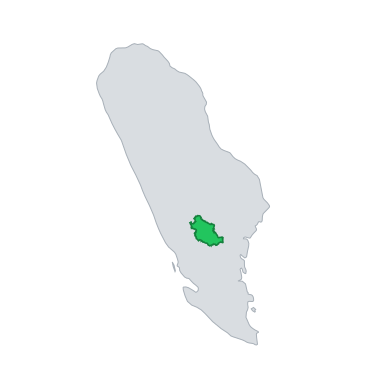 Tsaratanana, Betsiboka, Madagascar (highlighted), rotated 140°
{"feature_id": "10022922B96360954496738", "entity_name": "Tsaratanana", "entity_type": "district", "adm_level": 2, "iso_a3": "MDG", "parent_name": "Madagascar", "parent_adm1": "Betsiboka", "projection": "robinson", "projection_center": [47.615, -17.138], "detail": "fine", "context": "in_parent", "style": "filled", "palette": "green", "viewbox_px": 384, "rotation_deg": 140, "n_neighbors": 0, "source": "geoboundaries", "source_scale": "gbopen_adm2", "svg_char_len": 8350}
<svg xmlns="http://www.w3.org/2000/svg" viewBox="0 0 384 384"><g transform="rotate(140 192 192)"><path d="M246.5,41.6L247.4,44.1L248.5,46.4L252.0,52.1L253.4,54.3L254.7,56.7L255.3,61.3L257.5,68.6L259.5,79.4L260.1,90.6L260.7,95.7L262.3,100.5L264.9,105.5L265.8,111.1L264.1,116.8L261.8,122.2L261.2,123.2L260.1,124.6L259.6,124.6L257.7,123.2L256.2,120.9L254.3,115.5L253.6,112.8L252.8,112.4L250.6,112.6L248.9,114.3L248.6,115.4L249.0,118.4L249.6,121.1L249.8,123.9L249.9,127.4L250.5,128.4L251.4,129.3L252.3,131.6L252.4,137.0L251.9,139.7L250.3,142.1L250.4,143.4L250.9,144.7L250.4,145.5L248.3,146.6L247.4,147.5L246.3,149.8L244.4,154.7L244.1,157.2L245.3,164.8L244.9,170.2L242.6,180.5L241.2,185.4L239.3,191.2L236.3,198.9L233.4,208.6L230.9,218.5L229.1,224.5L227.0,230.4L224.2,240.8L221.8,251.4L218.2,263.0L213.3,275.9L212.8,277.6L211.7,284.3L210.6,290.0L209.3,295.7L206.6,305.1L206.3,308.0L205.6,310.8L203.0,316.7L201.9,318.9L201.1,321.2L200.7,324.2L199.9,327.0L198.0,332.2L195.1,336.8L193.1,338.4L188.9,340.8L186.7,341.3L182.0,341.3L177.4,342.7L172.6,345.3L168.0,348.3L166.2,349.7L164.3,350.5L158.2,350.7L156.3,350.0L150.2,345.1L147.8,344.3L143.3,343.6L142.0,343.2L140.7,342.6L138.9,340.0L135.3,337.8L134.4,337.1L133.9,335.7L133.5,334.0L132.5,332.2L131.8,328.8L130.6,326.4L127.3,322.1L126.9,320.8L126.6,316.3L126.7,313.2L126.4,307.7L126.7,305.0L127.9,302.7L127.4,300.1L126.1,297.4L125.6,294.6L124.7,292.1L121.2,287.5L120.4,285.3L119.8,283.0L118.4,275.7L118.2,273.2L118.4,267.8L118.9,265.1L119.7,263.2L119.9,261.8L120.4,260.5L121.3,259.5L121.8,258.4L123.1,251.5L124.7,250.0L127.2,249.2L129.1,247.4L130.2,245.0L131.3,240.0L134.4,235.1L135.5,232.5L138.0,228.6L140.1,223.1L140.8,220.5L141.3,217.8L141.8,212.0L142.2,209.1L142.1,206.2L140.8,203.2L137.8,197.9L137.7,196.9L137.9,192.9L137.6,190.0L136.5,187.1L135.1,184.4L133.6,179.4L132.9,171.0L133.0,168.0L132.6,165.3L131.6,162.7L132.3,158.3L141.3,142.1L141.6,140.2L141.2,135.2L141.4,132.3L141.7,131.3L142.4,130.7L143.9,130.4L151.2,129.7L152.2,129.2L154.0,127.8L156.5,125.1L157.7,124.4L158.7,124.7L159.3,125.8L160.1,126.4L163.1,125.2L164.2,125.2L165.4,125.4L165.9,124.3L166.2,122.8L166.7,121.8L167.5,121.2L171.3,120.8L173.7,120.4L176.9,119.4L177.5,119.6L180.1,123.3L180.8,123.6L181.8,123.8L182.7,123.1L180.6,121.2L180.3,120.1L180.4,118.8L181.5,116.1L183.4,114.1L187.5,111.0L191.7,107.4L193.0,107.2L194.0,107.7L194.8,112.0L194.7,112.7L195.4,112.8L196.2,112.2L196.9,110.5L196.9,109.1L196.4,107.8L196.1,106.6L196.1,105.6L198.2,103.1L199.9,100.7L200.7,97.8L201.4,96.5L203.2,95.0L203.7,95.3L204.1,96.5L204.4,97.8L203.9,99.0L203.2,100.3L203.0,101.9L204.0,102.2L204.9,101.8L206.3,98.8L207.9,96.0L208.9,94.5L210.1,93.5L212.1,93.7L214.0,94.3L210.8,91.3L210.1,87.2L213.8,80.1L213.8,78.6L214.4,78.1L214.6,77.6L212.7,75.2L212.3,74.0L212.6,72.2L213.5,70.6L214.4,69.4L215.6,69.0L216.5,69.6L218.6,71.6L220.0,71.9L221.7,70.0L223.1,67.6L225.2,66.0L227.5,65.0L231.2,61.3L233.5,53.5L233.7,51.2L233.2,48.4L232.4,45.8L231.0,42.5L231.3,41.8L233.3,42.2L234.0,41.8L236.1,38.9L239.7,33.3L240.8,33.3L241.8,34.4L242.2,35.9L242.9,37.0L245.3,39.7L246.5,41.6ZM221.8,63.5L221.8,64.4L219.1,64.0L218.7,61.1L220.0,61.0L220.3,59.8L221.1,59.6L222.0,62.3L221.8,63.5ZM254.4,146.8L252.1,151.1L252.8,147.5L255.4,142.3L256.2,141.9L254.4,146.8Z" fill="#d9dde1" stroke="#a8b0b8" stroke-width="1"/><path d="M204.2,170.5L204.4,170.5L204.5,171.0L205.0,170.9L205.5,170.7L205.9,170.2L206.1,170.2L206.1,170.7L206.9,170.5L207.6,170.4L207.6,170.1L207.6,169.8L207.2,169.2L207.3,169.0L207.5,168.8L207.6,168.6L208.0,168.1L208.1,167.8L208.1,167.7L208.0,167.1L208.3,167.1L208.9,166.9L209.0,167.1L209.3,167.2L209.4,167.4L209.7,167.4L210.0,167.3L210.3,166.8L210.5,166.7L210.6,166.8L210.7,167.0L210.9,167.0L211.0,166.8L211.3,166.7L211.6,167.1L211.9,167.2L212.2,167.6L212.5,167.8L212.6,168.3L212.4,168.7L212.4,168.8L212.3,169.0L211.9,169.2L211.8,169.4L211.9,169.6L212.1,169.7L212.3,169.6L212.5,169.4L212.4,169.0L212.5,168.8L212.7,169.2L212.7,169.3L212.9,169.3L213.0,169.6L213.3,169.8L213.4,169.4L213.6,169.2L213.7,168.5L213.9,168.2L213.7,167.5L213.8,167.4L213.9,167.0L214.2,166.8L214.2,166.2L214.5,166.3L214.6,166.2L214.6,165.9L214.4,165.9L214.5,165.4L214.8,165.2L215.1,165.2L215.3,165.0L215.5,165.1L215.6,164.8L215.7,164.5L215.8,164.4L215.5,164.2L215.2,164.2L214.8,163.9L214.9,163.6L214.7,163.5L214.4,163.2L214.2,162.8L214.1,162.6L214.3,162.2L214.2,162.1L213.9,162.3L213.8,162.2L213.6,162.0L213.5,161.6L213.3,161.5L213.1,160.7L213.0,160.4L213.1,160.0L213.2,159.9L213.3,160.1L213.6,159.9L213.8,159.8L214.1,159.4L214.2,159.5L214.3,159.5L214.5,159.6L214.9,158.8L215.0,158.7L215.1,158.3L215.3,158.3L215.4,158.5L215.5,158.5L215.8,158.6L216.0,158.7L216.1,158.9L216.2,159.0L216.7,158.8L216.8,158.6L216.9,158.1L216.8,157.9L216.7,157.6L216.8,157.0L216.9,156.9L217.0,157.0L217.4,157.0L217.4,156.9L217.8,156.6L217.7,156.5L217.7,155.7L217.5,155.2L217.7,154.9L217.8,154.5L218.0,154.4L218.2,154.5L218.3,154.3L218.4,154.2L218.5,153.7L218.7,153.4L218.5,152.9L218.3,152.7L218.3,152.0L218.4,151.4L218.4,150.7L218.4,150.4L218.1,150.4L217.9,150.5L217.7,150.7L217.3,150.6L217.2,150.3L217.1,150.2L216.7,150.4L216.6,150.2L216.4,150.0L216.4,149.8L216.2,149.4L216.0,149.2L215.9,149.0L215.8,148.8L216.0,148.5L216.2,148.4L215.8,148.3L215.8,148.0L215.7,147.9L215.7,147.6L215.9,147.6L216.0,147.5L216.0,147.2L216.0,146.8L215.8,146.6L215.6,146.6L215.4,146.5L215.4,146.3L215.4,146.1L215.3,145.9L214.8,145.6L214.9,145.2L214.8,144.9L214.5,144.3L214.4,144.1L214.1,143.7L213.8,143.6L213.6,143.4L213.5,143.1L213.2,142.7L213.3,142.3L213.5,142.2L213.6,141.8L213.4,141.5L213.4,141.3L213.6,141.0L213.6,140.8L213.7,140.7L213.4,140.3L213.3,140.0L213.1,139.8L213.1,139.4L212.7,139.3L212.4,139.2L212.2,139.2L211.9,138.9L211.9,138.7L211.7,138.9L211.1,138.9L210.9,138.6L210.5,138.3L210.2,138.1L210.0,138.3L209.9,138.5L209.6,138.5L209.7,138.4L209.5,138.2L209.4,138.2L208.6,137.5L208.3,137.5L208.1,137.4L207.9,137.4L207.9,137.2L207.8,136.9L207.9,136.7L207.8,136.4L208.0,136.1L208.0,135.9L207.6,135.8L207.5,135.6L207.3,135.6L207.3,135.4L207.0,135.3L206.8,135.4L206.7,135.3L206.3,135.5L206.1,135.5L205.9,135.4L205.6,135.4L205.1,135.2L205.0,135.3L205.1,135.7L205.0,135.8L204.4,135.8L203.9,135.6L203.4,135.5L203.1,135.4L202.6,135.5L202.6,135.4L202.4,135.3L202.3,135.1L202.1,135.0L201.1,133.5L200.8,133.4L200.6,133.5L200.4,133.7L200.3,134.2L200.1,134.4L200.1,134.6L200.4,134.7L200.3,134.8L200.0,134.8L199.8,134.9L199.1,135.5L199.0,136.0L199.0,136.4L198.9,136.5L198.7,136.5L198.4,136.4L198.0,136.9L197.7,136.9L197.6,137.0L197.6,137.3L197.7,137.8L197.9,137.8L198.0,138.0L198.2,137.8L198.3,137.9L198.2,138.0L198.3,138.1L198.6,138.3L198.7,138.5L198.6,138.8L198.6,139.0L198.7,138.8L198.9,138.8L199.7,139.2L199.8,139.3L200.0,139.5L200.3,139.6L200.4,140.0L200.5,139.6L200.8,139.6L201.0,140.0L201.2,140.3L201.1,140.6L201.2,141.0L200.9,141.5L200.8,141.8L200.7,141.9L200.6,142.1L200.7,142.5L200.4,142.8L200.6,143.2L200.6,143.5L200.6,143.9L200.3,144.5L200.3,144.8L200.2,145.0L200.3,145.3L200.3,145.5L200.5,145.6L200.3,145.8L200.6,146.0L200.5,146.3L200.4,146.6L200.7,146.6L200.9,146.7L200.7,146.8L200.7,147.1L200.8,147.3L200.7,147.4L200.9,147.5L200.7,147.8L200.9,148.0L201.0,148.7L200.9,148.9L200.8,149.1L200.7,149.2L200.4,149.4L200.2,149.4L199.7,149.0L199.5,149.5L199.3,149.6L199.3,150.1L199.3,150.4L199.2,150.4L198.8,150.1L198.6,149.8L198.4,150.4L198.0,150.9L197.8,151.0L197.4,151.4L197.2,151.4L197.0,151.5L197.0,151.8L196.6,151.8L196.4,152.0L196.2,152.3L196.2,152.6L196.2,152.9L196.3,152.9L196.6,153.3L196.8,153.8L197.1,153.9L197.1,154.4L197.4,154.4L197.5,154.7L197.5,155.0L197.8,154.8L198.0,155.5L198.5,155.4L198.8,155.3L199.0,155.7L199.1,155.8L199.2,156.1L199.3,156.2L199.3,156.4L199.3,157.1L199.5,157.6L200.0,158.1L199.9,158.3L199.7,158.4L199.7,158.8L199.8,158.9L200.2,159.0L200.4,159.3L200.5,159.6L200.5,159.8L200.7,160.1L200.6,160.3L200.7,160.5L200.7,160.8L200.8,160.9L200.9,161.3L201.1,161.2L201.1,161.3L201.1,161.5L200.9,161.5L201.1,161.8L201.3,162.4L201.5,162.3L201.5,162.0L201.8,162.5L201.7,163.1L201.9,163.3L202.0,163.4L202.2,163.7L202.0,163.9L202.0,164.1L201.9,164.3L201.8,164.7L201.8,164.8L202.3,165.1L202.4,165.3L202.3,165.5L202.2,165.9L202.2,166.2L202.1,166.3L201.8,166.5L201.7,166.4L201.4,166.6L201.7,167.1L201.4,167.4L201.3,167.5L201.2,168.2L201.4,168.7L201.7,169.2L201.9,169.4L202.5,169.8L203.0,169.9L202.9,170.2L203.1,170.2L203.6,170.4L204.1,170.3L204.2,170.5Z" fill="#22c55e" stroke="#15803d" stroke-width="1.5"/></g></svg>